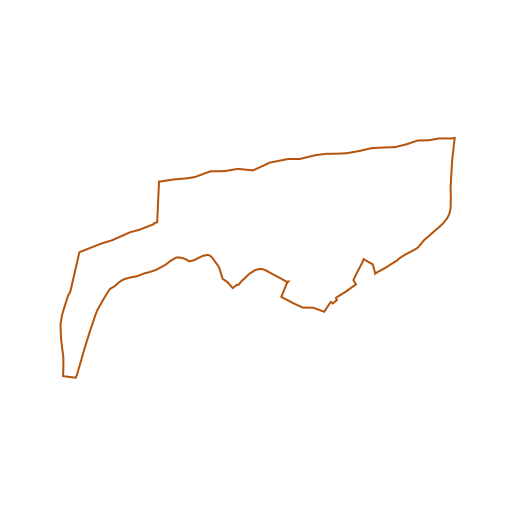 the district of Guediawaye, Dakar, Senegal, rotated 20°
{"feature_id": "50182788B55211093773925", "entity_name": "Guediawaye", "entity_type": "district", "adm_level": 2, "iso_a3": "SEN", "parent_name": "Senegal", "parent_adm1": "Dakar", "projection": "equal_earth", "projection_center": [-17.396, 14.772], "detail": "fine", "context": "isolated", "style": "outline", "palette": "amber", "viewbox_px": 512, "rotation_deg": 20, "n_neighbors": 0, "source": "geoboundaries", "source_scale": "gbopen_adm2", "svg_char_len": 1982}
<svg xmlns="http://www.w3.org/2000/svg" viewBox="0 0 512 512"><g transform="rotate(20 256 256)"><path d="M115.8,434.9L125.4,432.7L128.3,431.9L128.3,427.5L126.7,404.0L125.7,384.9L125.3,366.7L125.4,361.4L128.0,345.8L130.0,336.8L133.4,333.0L136.2,327.6L138.9,324.0L143.6,320.2L151.4,315.5L157.4,310.2L161.4,307.6L167.2,302.9L174.0,295.1L177.7,289.3L181.8,284.5L185.2,283.5L188.9,283.0L192.5,283.3L195.0,283.9L199.3,281.0L205.9,274.1L210.3,271.5L212.6,271.4L215.6,272.6L224.9,279.0L232.4,288.8L238.3,290.4L245.1,294.1L246.0,292.7L247.2,290.5L247.7,289.7L248.7,289.4L249.2,289.3L249.3,289.2L249.6,288.6L250.6,285.5L256.0,274.7L260.4,269.2L264.0,266.9L266.8,266.1L269.8,266.1L278.0,267.4L286.8,268.6L293.4,269.7L295.1,268.9L294.3,271.1L293.8,285.8L307.4,287.6L317.5,288.5L327.6,285.0L339.1,285.1L342.0,273.6L344.4,274.3L347.1,269.6L345.4,267.9L354.1,256.9L353.9,256.8L359.7,248.4L355.8,245.4L356.4,238.8L357.9,227.2L358.0,227.2L358.3,222.1L361.7,222.8L368.7,224.0L374.1,231.8L374.2,231.6L375.4,229.9L382.0,222.4L383.3,220.6L390.2,211.8L391.5,209.2L395.4,204.0L403.4,195.2L405.4,192.4L408.5,183.6L418.5,165.6L419.4,163.9L420.9,160.7L421.7,157.9L422.7,155.4L423.2,151.3L423.1,148.8L422.8,146.2L422.5,144.4L421.4,141.4L419.4,135.3L415.3,124.7L407.9,100.1L402.3,77.1L400.9,77.9L399.5,78.7L388.0,82.8L378.5,88.3L368.5,92.1L359.9,99.0L349.7,106.0L336.9,111.2L327.4,115.3L317.2,122.0L315.7,122.8L315.4,123.0L306.1,128.4L296.3,132.5L286.7,136.1L277.4,140.9L267.5,147.5L266.5,148.2L263.7,150.0L253.0,153.9L237.2,163.4L225.4,175.1L224.1,176.3L223.9,176.6L209.2,180.3L197.6,186.9L184.1,192.1L171.8,202.5L164.6,206.6L152.1,212.4L140.7,218.7L139.4,219.2L151.6,258.1L148.9,260.2L149.1,261.0L137.7,271.0L129.4,276.9L115.4,290.4L106.2,297.4L88.9,312.7L88.9,312.8L88.8,313.4L93.7,352.8L93.7,353.0L93.0,357.2L93.3,366.7L93.8,376.2L94.4,380.6L95.6,386.8L97.4,391.4L99.5,396.6L101.4,401.0L104.9,407.9L109.5,416.9L113.1,426.6L115.8,434.9L115.8,434.9Z" fill="none" stroke="#b45309" stroke-width="2"/></g></svg>